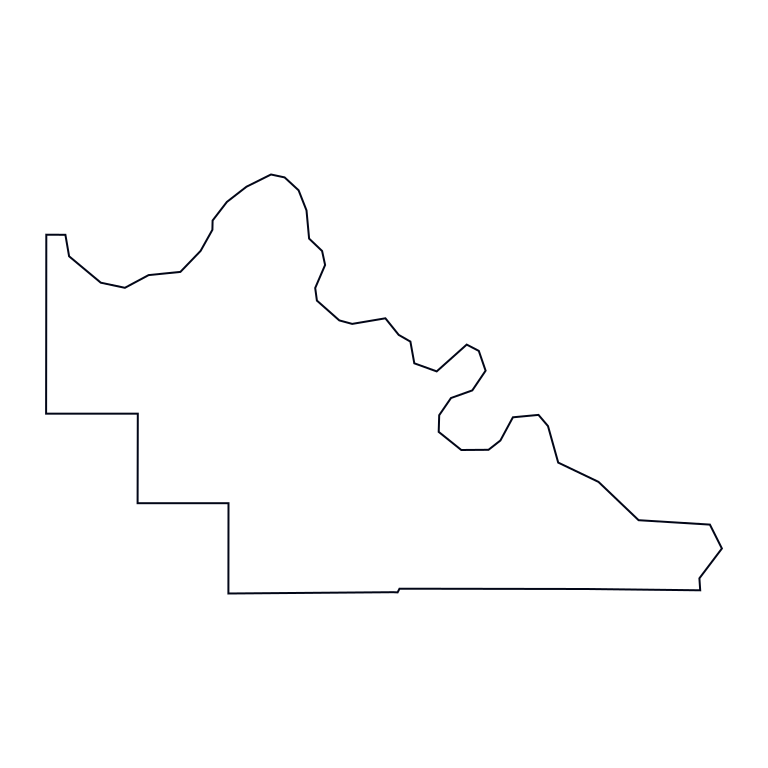 the district of Pawnee, Oklahoma, United States of America
{"feature_id": "52423323B92257960877908", "entity_name": "Pawnee", "entity_type": "district", "adm_level": 2, "iso_a3": "USA", "parent_name": "United States of America", "parent_adm1": "Oklahoma", "projection": "robinson", "projection_center": [-96.654, 36.362], "detail": "fine", "context": "isolated", "style": "outline", "palette": "ink", "viewbox_px": 768, "rotation_deg": 0, "n_neighbors": 0, "source": "geoboundaries", "source_scale": "gbopen_adm2", "svg_char_len": 842}
<svg xmlns="http://www.w3.org/2000/svg" viewBox="0 0 768 768"><path d="M700.2,590.3L699.4,578.3L721.9,548.5L709.9,524.6L638.6,520.2L598.5,481.9L558.2,462.6L548.0,426.1L538.5,414.9L512.9,417.3L500.4,440.5L488.5,449.8L461.3,450.0L438.7,431.9L439.2,415.2L451.0,398.0L472.3,390.4L485.6,370.7L478.8,350.9L466.7,344.6L436.7,371.4L414.3,363.3L410.4,341.6L398.7,334.9L385.4,318.3L352.2,323.9L339.3,320.4L316.9,300.6L315.2,288.0L325.1,265.0L322.1,251.0L309.1,238.6L306.5,210.4L298.6,190.3L284.6,177.4L271.0,174.5L246.5,186.7L226.9,201.9L212.6,220.5L212.4,229.8L200.6,250.9L180.4,271.9L148.6,275.1L124.9,287.8L100.8,282.7L69.1,256.3L65.4,234.8L46.3,234.7L46.2,339.9L46.1,413.7L137.8,413.7L137.6,503.2L228.5,503.2L228.4,593.5L393.4,592.2L397.6,592.4L399.5,588.7L586.6,589.0L674.8,590.0L700.2,590.3Z" fill="none" stroke="#020617" stroke-width="2"/></svg>